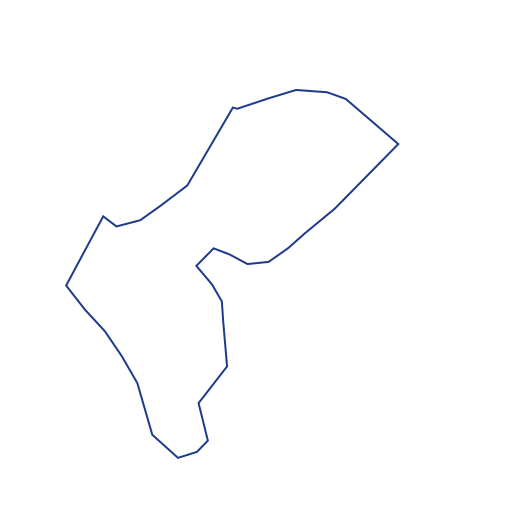 the district of Jongno-gu, Seoul, South Korea, rotated 60°
{"feature_id": "91817680B55576639555152", "entity_name": "Jongno-gu", "entity_type": "district", "adm_level": 2, "iso_a3": "KOR", "parent_name": "South Korea", "parent_adm1": "Seoul", "projection": "natural_earth1", "projection_center": [126.983, 37.59], "detail": "fine", "context": "isolated", "style": "outline", "palette": "blue", "viewbox_px": 512, "rotation_deg": 60, "n_neighbors": 0, "source": "geoboundaries", "source_scale": "gbopen_adm2", "svg_char_len": 619}
<svg xmlns="http://www.w3.org/2000/svg" viewBox="0 0 512 512"><g transform="rotate(60 256 256)"><path d="M115.9,201.8L160.6,280.3L164.9,314.8L167.1,338.4L160.6,362.1L145.3,368.5L169.3,407.3L186.7,435.2L188.9,434.9L217.3,430.9L245.6,424.5L276.2,422.3L306.7,422.3L359.0,435.2L391.8,424.5L396.1,405.1L392.3,391.8L391.8,390.0L354.7,379.3L337.2,336.3L295.8,316.9L278.3,308.3L258.7,308.3L234.7,312.6L228.2,288.9L241.3,278.2L258.7,267.4L267.4,248.1L265.3,224.4L260.9,202.9L254.4,164.2L230.2,76.8L164.9,99.7L149.7,112.6L132.2,138.4L125.7,166.4L119.1,198.6L115.9,201.8Z" fill="none" stroke="#1e3a8a" stroke-width="2"/></g></svg>